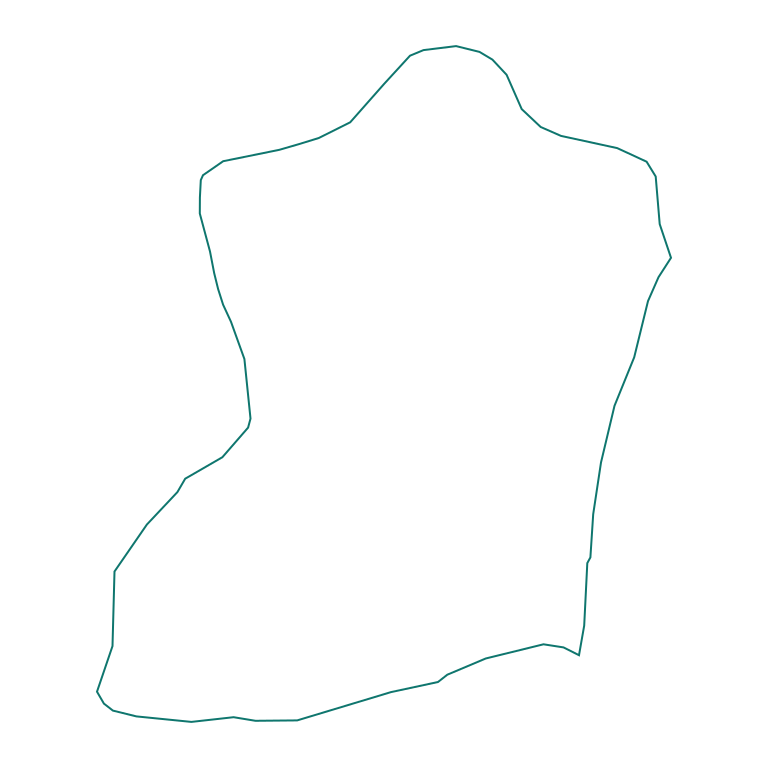 outline of Santa Lucía Utatlán, Sololá, Guatemala
{"feature_id": "79465075B3203772279069", "entity_name": "Santa Lucía Utatlán", "entity_type": "district", "adm_level": 2, "iso_a3": "GTM", "parent_name": "Guatemala", "parent_adm1": "Sololá", "projection": "equal_earth", "projection_center": [-91.278, 14.782], "detail": "fine", "context": "isolated", "style": "outline", "palette": "teal", "viewbox_px": 768, "rotation_deg": 0, "n_neighbors": 0, "source": "geoboundaries", "source_scale": "gbopen_adm2", "svg_char_len": 887}
<svg xmlns="http://www.w3.org/2000/svg" viewBox="0 0 768 768"><path d="M185.2,478.7L177.4,492.1L146.9,524.5L114.5,571.5L112.5,646.1L97.0,691.7L103.9,703.6L112.9,710.6L136.4,716.4L191.4,721.9L233.6,717.2L255.5,720.8L297.2,720.4L391.0,692.1L438.0,682.0L447.3,674.7L485.7,658.5L543.5,644.3L563.5,647.4L579.0,655.2L584.2,625.6L587.3,563.1L590.4,557.4L593.2,514.2L601.0,462.5L614.5,405.8L634.2,357.3L648.0,301.1L658.5,277.2L671.0,257.8L659.7,224.1L655.7,176.5L646.6,161.7L617.2,148.1L561.0,135.9L540.7,127.0L521.7,109.1L506.6,74.8L492.4,59.6L479.5,51.9L456.1,46.1L423.5,50.1L410.0,55.7L384.3,83.7L350.2,122.3L318.8,138.0L298.7,144.2L279.4,149.8L223.2,161.2L203.0,175.2L200.8,180.1L199.9,197.5L199.8,213.5L210.0,251.5L214.2,273.2L218.1,289.0L223.1,304.7L231.0,321.8L234.7,332.1L244.4,359.0L250.5,418.6L248.1,427.6L222.4,457.2L185.2,478.7Z" fill="none" stroke="#0f766e" stroke-width="2"/></svg>